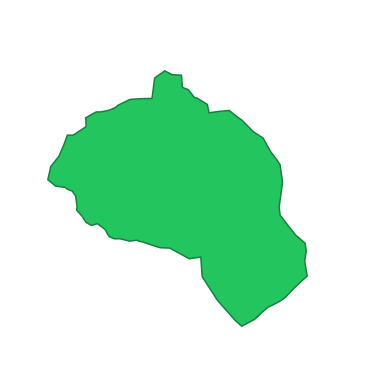 Xairxandulaan, Övörhangay, Mongolia, rotated 294°
{"feature_id": "93677404B8353110433001", "entity_name": "Xairxandulaan", "entity_type": "district", "adm_level": 2, "iso_a3": "MNG", "parent_name": "Mongolia", "parent_adm1": "Övörhangay", "projection": "equal_earth", "projection_center": [102.066, 45.837], "detail": "fine", "context": "isolated", "style": "filled", "palette": "green", "viewbox_px": 384, "rotation_deg": 294, "n_neighbors": 0, "source": "geoboundaries", "source_scale": "gbopen_adm2", "svg_char_len": 1173}
<svg xmlns="http://www.w3.org/2000/svg" viewBox="0 0 384 384"><g transform="rotate(294 192 192)"><path d="M134.3,320.4L144.1,323.7L162.2,331.4L174.7,323.0L184.5,320.4L191.3,316.1L194.9,303.8L206.6,282.0L213.5,277.8L237.7,270.8L252.8,261.3L256.3,255.7L260.8,247.5L270.2,235.0L272.0,223.5L277.9,208.5L279.5,200.9L281.6,192.9L276.1,183.0L271.3,175.4L278.2,170.4L279.9,158.3L279.1,156.2L284.0,146.9L283.6,140.7L294.4,134.9L291.1,126.0L291.6,117.8L281.0,111.5L261.2,117.4L257.0,108.4L251.3,97.6L241.3,89.2L237.9,87.6L233.0,83.1L227.9,75.8L226.2,71.9L216.4,64.6L214.5,65.9L208.6,68.6L197.7,61.7L195.6,60.2L193.2,55.0L181.7,55.8L176.1,55.8L170.6,55.9L157.9,52.6L144.6,55.3L141.9,65.0L144.2,72.8L144.6,74.1L143.8,77.0L144.0,79.1L144.1,82.4L143.3,83.5L142.2,85.2L141.2,87.2L132.0,92.9L128.5,94.1L125.2,101.4L121.2,107.5L120.5,113.5L124.6,118.6L122.2,128.5L119.4,131.6L117.5,134.8L117.7,140.1L120.0,145.3L121.8,155.1L125.6,161.3L125.4,163.1L126.4,168.0L127.1,176.2L128.1,185.5L131.7,194.5L129.9,216.6L136.1,226.5L118.7,235.8L103.3,259.5L92.1,284.0L89.6,292.0L101.2,301.0L117.1,307.9L123.5,313.2L128.5,317.1L134.3,320.4Z" fill="#22c55e" stroke="#15803d" stroke-width="1.5"/></g></svg>